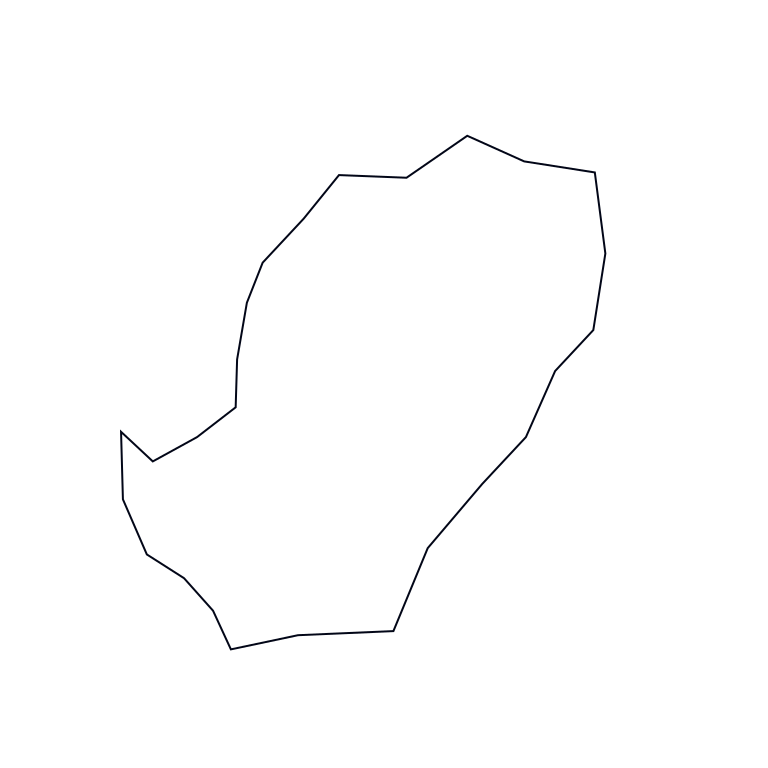 Agrokipia, Nicosia, Cyprus, rotated 223°
{"feature_id": "46923920B48928942173959", "entity_name": "Agrokipia", "entity_type": "district", "adm_level": 2, "iso_a3": "CYP", "parent_name": "Cyprus", "parent_adm1": "Nicosia", "projection": "natural_earth1", "projection_center": [33.155, 35.046], "detail": "fine", "context": "isolated", "style": "outline", "palette": "ink", "viewbox_px": 768, "rotation_deg": 223, "n_neighbors": 0, "source": "geoboundaries", "source_scale": "gbopen_adm2", "svg_char_len": 488}
<svg xmlns="http://www.w3.org/2000/svg" viewBox="0 0 768 768"><g transform="rotate(223 384 384)"><path d="M559.4,506.1L555.5,450.1L555.5,390.0L539.7,349.9L508.2,301.8L476.6,265.8L484.5,217.7L500.3,169.7L543.7,169.7L496.3,121.6L441.2,97.6L397.8,105.6L354.4,101.6L315.0,85.5L275.6,141.6L208.6,209.7L240.1,293.8L244.0,377.9L244.0,442.0L267.7,510.2L267.7,566.2L311.1,630.4L374.1,682.5L433.3,642.4L492.4,622.3L508.2,550.2L559.4,506.1Z" fill="none" stroke="#020617" stroke-width="2"/></g></svg>